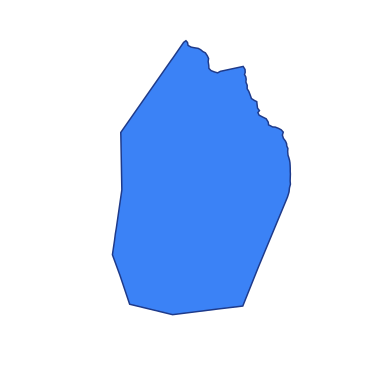 Barra do Choça, Bahia, Brazil (orthographic projection), rotated 140°
{"feature_id": "56859067B94003619672577", "entity_name": "Barra do Choça", "entity_type": "district", "adm_level": 2, "iso_a3": "BRA", "parent_name": "Brazil", "parent_adm1": "Bahia", "projection": "orthographic", "projection_center": [-40.669, -14.915], "detail": "fine", "context": "isolated", "style": "filled", "palette": "blue", "viewbox_px": 384, "rotation_deg": 140, "n_neighbors": 0, "source": "geoboundaries", "source_scale": "gbopen_adm2", "svg_char_len": 1154}
<svg xmlns="http://www.w3.org/2000/svg" viewBox="0 0 384 384"><g transform="rotate(140 192 192)"><path d="M311.9,146.1L285.7,110.5L274.1,103.0L248.7,86.6L226.4,72.0L188.9,92.1L122.4,126.6L120.6,127.7L117.6,129.7L114.7,132.5L111.6,134.7L109.7,137.4L107.0,140.4L105.1,142.5L103.3,144.9L101.6,146.9L99.9,149.1L98.2,151.4L96.9,153.6L95.7,156.2L94.8,158.5L92.7,161.5L90.5,163.8L89.9,166.2L88.5,168.2L87.7,170.8L87.5,174.3L86.2,177.5L83.6,179.2L83.7,182.3L84.8,185.1L86.5,188.2L88.5,190.1L89.3,192.2L90.2,194.2L88.7,196.5L88.1,200.4L89.9,204.5L91.2,207.7L90.5,210.5L88.0,211.0L87.9,214.1L86.1,216.9L84.3,219.6L85.3,221.9L86.4,225.4L85.0,229.1L83.8,232.6L83.4,235.6L81.1,238.3L80.1,241.5L78.0,243.6L76.8,245.6L76.3,248.2L74.3,249.5L72.6,251.8L72.1,255.3L92.7,266.2L95.8,266.8L97.6,269.5L99.4,272.8L99.6,275.8L97.7,278.3L95.8,281.5L93.5,283.6L92.7,286.5L92.3,290.0L93.4,292.6L93.9,295.4L94.9,298.0L97.4,300.9L99.5,303.5L100.8,306.8L99.3,309.5L99.4,311.8L102.2,312.0L120.3,307.0L123.2,306.3L208.3,283.4L210.6,280.5L244.4,238.7L273.5,212.7L277.4,209.4L282.7,204.5L293.3,195.1L300.7,174.6L311.9,146.1Z" fill="#3b82f6" stroke="#1e3a8a" stroke-width="1.5"/></g></svg>